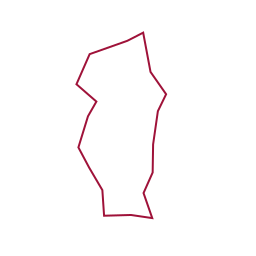 Anageia, Nicosia, Cyprus, rotated 221°
{"feature_id": "46923920B76121655134993", "entity_name": "Anageia", "entity_type": "district", "adm_level": 2, "iso_a3": "CYP", "parent_name": "Cyprus", "parent_adm1": "Nicosia", "projection": "mercator", "projection_center": [33.24, 35.076], "detail": "fine", "context": "isolated", "style": "outline", "palette": "rose", "viewbox_px": 256, "rotation_deg": 221, "n_neighbors": 0, "source": "geoboundaries", "source_scale": "gbopen_adm2", "svg_char_len": 379}
<svg xmlns="http://www.w3.org/2000/svg" viewBox="0 0 256 256"><g transform="rotate(221 128 128)"><path d="M50.6,75.9L73.6,89.1L80.2,110.6L98.3,132.1L116.5,160.3L121.4,178.5L147.8,185.1L179.1,209.9L185.7,193.4L205.4,158.6L195.6,127.2L169.2,127.2L165.9,110.6L152.7,80.8L131.3,72.6L106.6,64.3L88.5,46.1L68.7,64.3L50.6,75.9Z" fill="none" stroke="#9f1239" stroke-width="2"/></g></svg>